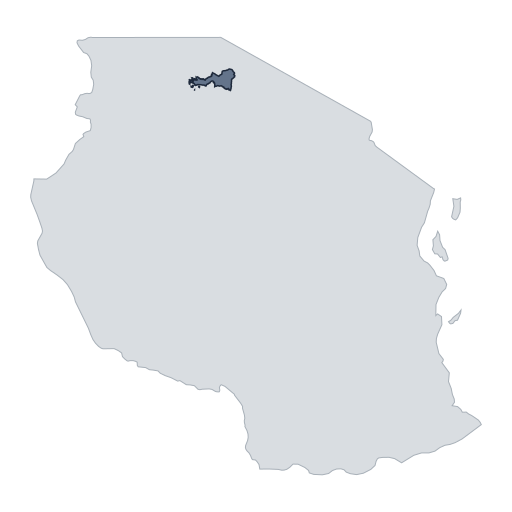 Bunda, Mara, United Republic of Tanzania shown in context
{"feature_id": "72390352B35806479810351", "entity_name": "Bunda", "entity_type": "district", "adm_level": 2, "iso_a3": "TZA", "parent_name": "United Republic of Tanzania", "parent_adm1": "Mara", "projection": "orthographic", "projection_center": [33.643, -2.036], "detail": "fine", "context": "in_parent", "style": "filled", "palette": "slate", "viewbox_px": 512, "rotation_deg": 0, "n_neighbors": 0, "source": "geoboundaries", "source_scale": "gbopen_adm2", "svg_char_len": 8488}
<svg xmlns="http://www.w3.org/2000/svg" viewBox="0 0 512 512"><path d="M177.7,381.1L171.1,377.7L165.1,375.6L160.2,373.2L158.0,370.9L153.4,370.1L149.4,369.7L145.7,367.6L138.2,366.8L137.3,365.4L137.2,362.2L135.8,361.4L133.1,360.6L130.1,360.6L128.3,361.1L127.2,360.9L124.8,359.0L122.5,356.7L121.6,352.9L118.1,350.5L114.1,348.6L103.0,348.8L101.2,348.2L98.6,346.4L95.5,343.2L93.0,339.6L90.8,334.7L88.4,328.2L75.5,301.9L74.2,297.0L71.6,291.5L67.5,284.7L63.1,279.7L57.2,275.1L50.6,270.6L46.9,267.5L40.0,255.2L38.5,249.4L37.4,243.4L37.8,240.9L42.1,233.2L42.5,231.0L41.9,228.1L39.8,221.9L37.1,214.4L31.5,200.8L30.7,197.3L30.8,194.7L33.9,180.8L33.9,178.9L46.7,179.1L56.0,173.0L64.1,163.9L65.7,160.1L69.0,154.3L72.3,151.4L73.5,149.4L75.4,143.5L79.7,139.6L83.8,136.6L83.0,134.4L83.6,133.6L85.8,132.1L90.3,130.6L91.1,127.6L91.1,124.2L90.4,122.2L90.5,120.0L89.8,118.8L86.9,118.5L82.6,116.7L79.0,116.0L76.5,115.0L75.6,114.3L75.3,112.2L77.3,106.9L75.2,104.7L79.7,95.9L80.5,94.8L82.1,94.7L84.7,93.7L87.1,93.3L89.0,93.6L90.5,93.3L91.8,92.3L92.8,89.3L93.7,84.3L93.2,80.2L91.3,77.1L90.8,72.3L91.7,65.8L91.0,60.5L89.0,56.2L86.9,53.7L83.6,52.5L78.6,46.0L77.0,42.8L77.3,40.8L79.0,40.0L82.3,40.3L85.3,39.5L88.1,37.7L90.9,37.2L92.3,37.5L220.8,37.4L370.6,121.3L371.2,122.4L372.4,129.6L372.1,132.0L369.8,136.2L369.1,138.3L369.1,139.9L369.7,140.4L371.6,140.7L373.3,141.7L373.9,142.4L375.2,145.6L376.8,147.1L433.3,188.4L434.5,189.0L433.7,192.5L430.4,200.8L430.2,204.3L428.9,208.4L427.7,211.1L424.4,222.8L421.6,227.2L417.8,237.5L417.1,245.3L419.1,250.9L419.8,256.0L424.1,261.1L427.6,262.9L429.9,265.2L434.0,270.5L436.4,275.8L443.8,278.5L446.7,284.4L445.6,288.5L442.1,291.9L438.8,297.4L436.0,304.5L435.8,315.6L437.6,313.9L441.5,316.6L441.9,324.7L437.7,334.1L436.4,338.5L436.2,342.3L438.9,353.6L443.3,359.3L443.0,361.1L441.8,362.6L449.3,372.8L448.5,381.6L451.2,388.5L452.4,394.5L454.2,399.0L454.5,402.2L452.1,405.7L457.6,406.6L460.8,409.4L462.3,412.2L466.3,412.1L468.5,413.9L471.6,415.5L478.4,420.1L480.2,422.4L481.3,424.6L462.0,439.0L455.0,442.7L450.1,444.4L444.8,445.3L439.8,447.6L435.0,451.1L429.0,452.9L421.6,452.9L413.8,455.3L401.6,462.8L394.6,458.6L389.0,457.3L382.7,457.4L378.8,457.9L377.4,458.8L376.1,461.3L375.0,465.5L370.8,469.4L363.4,473.2L356.6,474.6L350.4,473.7L346.2,472.1L344.1,469.8L340.9,468.8L336.6,469.0L332.5,470.5L328.6,473.5L322.4,474.8L313.8,474.4L309.3,472.9L308.6,470.5L304.9,467.5L298.1,464.2L293.0,464.1L289.8,467.3L286.8,469.3L284.1,470.1L281.7,470.2L278.3,469.4L268.8,469.0L259.8,469.1L259.0,464.5L257.1,461.7L255.5,460.0L252.4,459.6L251.6,458.3L250.5,455.4L249.0,452.9L247.0,450.9L245.8,449.0L245.4,447.3L245.7,445.3L247.6,440.6L248.2,437.3L248.0,434.0L247.0,430.6L244.9,426.5L245.1,425.3L244.4,422.5L244.3,420.6L244.8,418.2L244.4,415.0L242.5,408.2L242.6,406.4L240.6,403.1L234.6,395.3L234.4,394.3L225.0,386.4L221.2,384.7L219.9,386.2L219.4,387.5L219.8,390.1L219.5,391.3L219.1,391.9L216.9,391.8L215.5,391.5L212.0,389.4L209.2,388.9L202.3,389.2L199.9,389.7L198.0,389.3L194.4,385.7L190.1,384.9L186.3,384.7L179.9,380.6L177.7,381.1ZM445.1,249.7L448.1,258.4L447.7,260.0L445.5,261.0L444.4,261.1L443.0,259.7L442.1,256.8L440.4,257.5L437.6,254.0L434.8,253.8L432.4,249.6L433.4,245.9L432.9,239.7L436.0,236.5L437.7,231.2L439.6,234.8L440.0,240.6L442.6,247.3L445.1,249.7ZM460.6,197.9L460.8,199.9L460.2,201.9L460.3,208.1L460.0,212.2L457.6,217.8L455.7,219.9L454.0,219.3L452.6,218.3L451.6,216.8L453.9,206.3L452.8,198.7L457.2,199.4L460.6,197.9ZM452.9,323.4L450.7,323.9L449.8,323.4L448.5,321.7L450.9,320.2L453.2,317.4L458.5,313.3L461.0,310.0L460.6,313.2L457.5,320.2L455.0,320.7L452.9,323.4Z" fill="#d9dde1" stroke="#a8b0b8" stroke-width="1"/><path d="M231.7,69.5L230.9,69.4L230.0,69.1L229.6,69.0L229.3,69.0L229.0,69.2L228.5,69.3L227.9,69.9L227.2,70.2L226.7,70.1L226.2,70.4L225.5,70.6L223.4,70.8L222.4,71.2L222.1,71.9L222.0,73.0L221.7,74.3L221.3,74.4L221.1,74.6L220.6,74.7L220.1,75.0L219.8,75.4L219.6,75.4L219.2,76.0L218.8,76.3L218.4,76.0L217.9,75.8L217.7,75.6L217.1,75.5L216.8,75.2L216.6,75.0L216.3,74.9L215.9,74.7L215.6,74.6L215.2,74.1L214.9,73.9L214.3,73.6L214.1,73.5L213.9,73.5L212.5,72.7L212.2,73.9L211.6,73.8L211.6,73.7L211.6,73.8L211.6,74.2L211.4,75.4L211.4,75.5L211.6,75.5L211.4,75.8L211.6,76.0L210.9,76.6L210.5,76.5L210.4,76.6L210.0,76.7L209.9,76.8L209.8,77.0L209.6,77.1L209.1,77.0L208.4,77.2L207.8,77.8L207.7,77.8L207.5,78.0L207.4,78.0L207.3,78.3L206.9,78.4L206.4,78.5L206.0,78.8L206.0,79.0L205.9,79.1L205.7,79.2L205.4,79.8L205.3,79.7L205.2,79.8L205.0,79.7L205.0,79.8L204.9,80.0L204.4,79.9L204.3,79.7L204.1,79.7L203.9,79.5L203.8,79.4L203.7,79.2L203.3,78.8L203.0,78.9L202.8,79.2L202.6,79.2L202.5,79.3L202.4,79.4L202.2,79.4L202.2,79.2L202.0,78.8L201.9,78.8L201.1,79.0L200.8,79.2L200.5,79.2L200.3,79.1L200.3,78.7L199.9,78.6L199.6,78.6L199.4,78.5L199.3,78.2L199.1,78.2L199.1,77.9L198.9,77.8L198.4,77.6L198.1,77.3L197.8,77.1L197.7,76.9L197.5,77.0L196.9,77.0L196.6,77.2L196.3,77.4L196.2,77.3L196.2,78.2L196.4,78.8L196.7,79.2L196.7,79.4L196.9,79.4L197.0,79.6L197.2,79.9L197.0,80.0L196.9,80.0L196.7,80.1L196.3,80.0L196.1,80.2L195.9,80.2L195.5,79.7L195.4,79.5L195.1,79.3L194.9,78.9L194.6,78.7L194.4,78.8L194.4,79.1L194.1,78.9L193.9,79.1L193.9,79.4L194.1,80.0L193.4,80.1L193.1,79.8L193.0,79.2L192.8,79.2L192.8,78.7L192.7,78.4L192.8,78.1L192.5,77.8L192.4,77.8L192.2,78.0L192.4,78.3L191.9,78.1L192.1,78.6L192.1,78.9L192.5,79.1L192.5,78.5L192.7,79.0L192.6,79.6L192.9,80.5L193.1,80.6L193.2,81.2L193.1,81.3L192.9,81.3L192.5,80.7L192.3,80.7L192.2,80.4L191.8,80.0L191.4,80.1L191.2,80.0L191.0,80.4L190.7,80.3L190.5,80.5L190.0,80.2L189.9,79.9L189.7,79.6L189.3,79.7L189.3,80.2L189.7,80.5L189.9,80.6L190.2,81.1L190.1,81.3L189.8,81.4L189.9,81.5L189.6,81.6L189.4,81.7L189.5,81.8L189.3,81.8L189.1,82.3L189.1,82.6L189.3,82.9L189.4,83.2L189.4,83.3L189.2,83.5L189.3,84.0L189.7,84.2L189.7,83.7L189.9,83.3L190.3,82.8L190.9,82.3L191.2,82.2L191.4,82.3L191.8,82.2L192.4,82.7L192.4,82.9L192.5,82.9L192.6,82.7L192.8,82.6L193.1,82.6L193.3,82.9L193.2,83.0L193.5,83.2L193.5,83.3L193.8,83.4L193.9,83.5L194.1,83.6L194.4,83.8L194.9,84.8L194.9,85.2L195.1,85.2L195.3,85.4L195.8,85.0L196.1,84.9L196.4,85.0L196.6,85.2L196.8,85.2L197.5,84.6L198.0,84.5L198.8,84.7L199.2,84.7L199.6,84.6L200.7,84.7L201.6,84.9L201.9,84.9L202.7,85.1L204.0,85.1L204.6,85.3L204.8,85.5L205.0,85.7L205.3,85.5L205.5,85.6L205.6,85.8L205.7,86.0L205.8,86.0L205.9,85.8L206.3,85.7L206.5,84.8L206.9,84.3L207.3,84.1L207.8,84.1L208.1,83.7L208.5,83.7L209.1,83.1L209.3,83.1L209.7,83.0L209.8,83.0L210.4,82.0L211.1,81.4L211.4,81.3L211.7,81.1L211.9,81.0L212.2,81.0L212.6,81.0L213.1,81.2L213.3,81.4L213.3,81.6L213.5,81.5L213.4,81.6L213.5,81.7L213.4,81.7L213.4,82.0L213.6,82.8L214.0,82.8L214.0,82.7L214.3,83.0L214.5,83.1L214.7,83.5L214.7,84.6L214.9,85.4L214.9,85.8L214.7,86.0L214.7,86.4L214.9,86.2L215.0,86.2L215.3,86.4L215.5,86.3L215.9,86.2L216.1,86.2L216.3,86.2L216.7,86.1L217.5,85.6L217.8,85.6L218.7,85.8L218.9,86.0L219.3,86.1L219.6,86.0L219.8,86.1L220.0,86.1L220.3,85.9L221.2,85.7L221.6,86.0L222.0,86.2L222.1,86.4L222.3,86.4L222.3,86.6L222.8,86.8L223.1,87.1L223.5,87.0L223.7,87.4L223.9,87.4L223.9,87.6L224.2,87.9L224.1,88.0L224.3,88.2L224.6,88.2L224.6,88.3L225.0,88.6L225.2,88.9L225.3,89.0L225.7,88.9L225.8,89.0L226.0,89.0L226.5,89.3L226.8,89.3L227.0,89.2L227.3,89.1L227.5,89.0L227.4,88.9L227.5,88.9L227.8,88.7L227.9,88.8L228.1,88.7L228.1,88.8L228.3,88.7L228.5,88.9L228.6,89.1L228.8,89.1L228.8,89.3L228.9,89.6L229.0,89.5L229.3,89.7L229.6,89.8L229.8,90.2L230.1,90.3L230.3,90.5L230.7,90.0L230.7,89.6L230.8,89.1L231.1,88.2L231.1,87.4L231.4,86.3L231.2,85.0L231.1,84.3L231.3,83.9L231.4,83.6L231.4,82.5L231.4,82.1L231.6,81.1L231.5,80.4L231.5,79.9L231.7,79.5L231.8,79.4L231.7,79.2L231.9,79.0L232.3,78.7L232.5,78.6L232.8,78.5L232.9,78.4L233.1,78.2L233.5,77.7L233.8,77.6L234.0,77.3L234.5,76.9L234.4,76.8L234.5,76.6L234.4,76.4L234.5,76.0L234.8,75.7L234.6,75.2L234.3,75.0L234.2,74.8L233.8,74.7L233.7,74.6L233.9,74.2L234.0,74.0L234.1,73.7L234.5,73.4L234.5,73.2L234.4,72.7L234.1,72.4L233.0,71.5L232.9,70.9L232.5,70.3L232.1,69.8L231.7,69.5ZM193.2,85.5L193.0,85.3L192.9,85.3L192.6,85.7L192.6,86.0L192.3,86.0L192.2,86.1L192.0,86.3L191.9,86.3L191.7,86.3L191.8,86.4L191.7,86.6L191.8,86.7L191.6,86.8L191.8,86.9L191.8,87.0L191.7,87.2L191.9,87.2L192.4,87.4L192.6,87.3L192.8,87.2L193.1,86.6L192.9,86.3L193.1,86.3L193.2,86.0L193.2,85.7L193.2,85.5ZM199.4,86.5L199.2,86.5L199.5,87.1L199.6,86.9L199.5,86.6L199.4,86.6L199.4,86.5ZM199.0,86.8L198.7,86.9L198.7,87.0L199.0,87.0L199.0,86.8ZM194.2,89.9L194.3,90.0L194.5,90.0L194.5,89.9L194.4,90.0L194.2,89.9Z" fill="#64748b" stroke="#1e293b" stroke-width="1.5"/></svg>